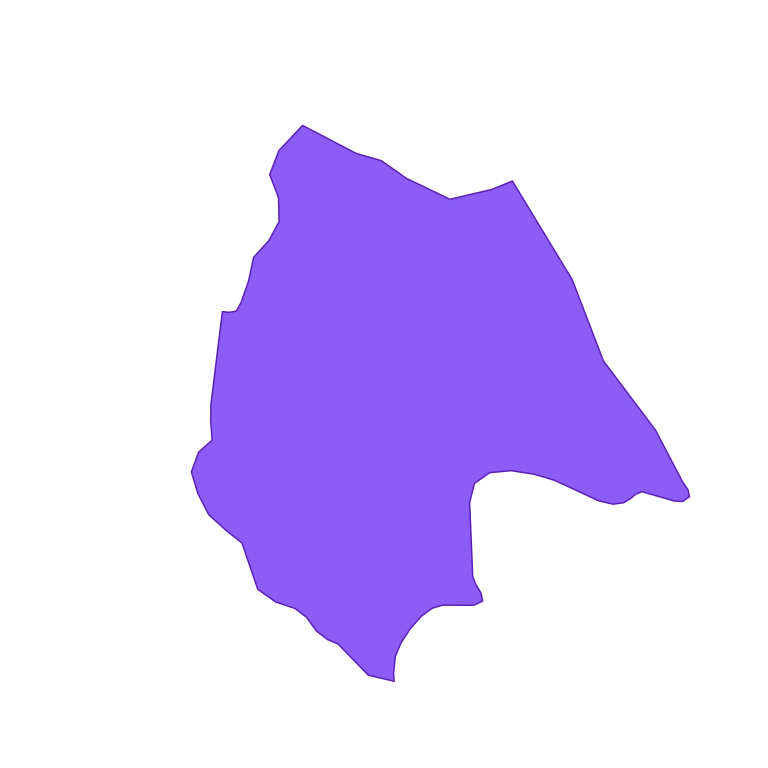 outline of Kirundo, rotated 147°
{"feature_id": "BDI-2643", "entity_name": "Kirundo", "entity_type": "Province", "adm_level": 1, "iso_a3": "BDI", "parent_name": "Burundi", "parent_adm1": "", "projection": "equal_earth", "projection_center": [30.179, -2.549], "detail": "fine", "context": "isolated", "style": "filled", "palette": "violet", "viewbox_px": 768, "rotation_deg": 147, "n_neighbors": 0, "source": "natural_earth", "source_scale": "10m", "svg_char_len": 1023}
<svg xmlns="http://www.w3.org/2000/svg" viewBox="0 0 768 768"><g transform="rotate(147 384 384)"><path d="M465.7,169.7L479.1,168.9L495.1,164.5L510.8,157.6L522.8,149.4L533.6,136.0L537.4,129.2L555.7,148.2L564.2,191.0L570.5,200.4L575.3,213.9L576.0,230.4L580.9,244.2L593.4,259.9L601.7,280.5L589.7,328.0L596.1,346.9L602.2,369.9L599.8,393.4L593.4,415.2L576.6,427.8L558.7,430.6L549.6,447.2L540.0,461.5L480.1,532.7L474.9,528.5L468.3,525.6L459.9,529.9L441.5,544.1L424.3,561.3L402.3,567.0L383.5,577.4L371.0,597.7L365.8,621.9L344.9,637.0L311.5,645.2L281.8,592.6L264.7,572.9L253.3,544.5L228.2,503.1L187.7,488.5L165.8,484.3L169.3,369.0L187.4,283.9L181.4,197.4L186.8,139.9L186.7,129.4L189.2,123.1L197.7,122.8L204.4,127.9L210.1,134.5L211.6,136.2L226.3,153.2L232.8,154.5L239.8,153.6L247.8,153.9L257.4,158.5L267.5,169.0L293.4,210.3L307.2,226.5L324.6,242.1L343.8,252.1L362.4,251.3L376.7,238.0L414.4,174.3L416.1,166.4L416.5,155.8L419.5,148.2L429.2,149.5L455.3,166.6L465.7,169.7Z" fill="#8b5cf6" stroke="#5b21b6" stroke-width="1.5"/></g></svg>